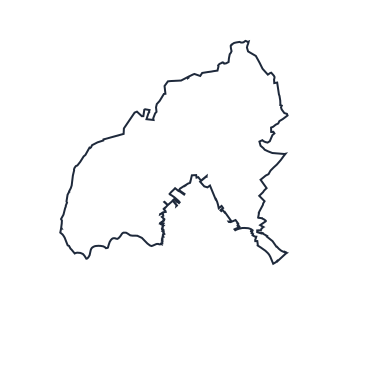 Siguldas pag., Siguldas, Latvia (Mercator projection), rotated 236°
{"feature_id": "27541924B22420925949574", "entity_name": "Siguldas pag.", "entity_type": "district", "adm_level": 2, "iso_a3": "LVA", "parent_name": "Latvia", "parent_adm1": "Siguldas", "projection": "mercator", "projection_center": [24.897, 57.148], "detail": "fine", "context": "isolated", "style": "outline", "palette": "slate", "viewbox_px": 384, "rotation_deg": 236, "n_neighbors": 0, "source": "geoboundaries", "source_scale": "gbopen_adm2", "svg_char_len": 6008}
<svg xmlns="http://www.w3.org/2000/svg" viewBox="0 0 384 384"><g transform="rotate(236 192 192)"><path d="M88.5,236.4L89.1,235.9L89.4,236.2L90.8,235.3L90.6,234.9L92.4,233.7L93.8,233.0L96.5,232.2L99.2,231.8L99.4,231.4L106.2,231.3L113.2,229.1L113.5,229.7L118.0,227.4L118.2,227.7L119.5,226.8L119.0,226.2L122.3,223.6L123.7,224.6L122.2,227.0L122.0,227.5L121.9,228.1L122.8,229.1L122.9,230.6L123.2,231.0L123.1,231.6L126.4,230.0L126.5,236.8L126.9,237.1L128.8,236.5L130.9,235.3L131.1,235.4L133.6,232.5L133.8,232.5L136.9,235.6L137.3,235.6L138.2,237.0L141.7,243.6L142.7,244.6L143.8,247.0L151.2,245.6L152.1,250.7L152.9,252.7L153.5,256.0L163.8,255.7L164.2,260.3L164.4,262.3L164.0,265.4L165.6,268.6L165.9,269.4L166.7,273.5L167.3,277.7L168.8,283.3L170.5,288.0L171.4,290.9L171.8,289.9L179.4,280.4L183.2,277.8L186.4,275.9L188.4,275.7L192.0,274.7L196.1,276.1L195.6,279.3L194.3,279.6L192.3,280.8L190.7,282.3L190.6,284.9L194.2,290.5L194.5,293.1L196.4,293.1L196.6,293.0L196.9,291.9L197.5,291.2L201.2,293.6L200.7,295.9L201.0,299.0L200.6,301.8L201.9,304.1L201.7,308.0L202.0,314.0L203.7,314.4L205.8,312.7L210.3,312.5L212.4,313.1L213.4,314.7L214.8,313.8L215.1,314.2L218.5,316.3L222.8,318.3L224.2,318.6L235.1,323.8L236.3,321.1L239.5,323.0L239.9,323.6L241.1,324.7L242.6,324.9L246.6,324.4L246.9,323.4L246.9,320.5L254.7,319.4L261.3,320.3L269.1,321.0L277.2,317.1L281.0,318.3L282.5,319.9L283.5,321.4L285.0,323.1L285.2,322.1L286.5,321.5L287.4,320.8L287.3,318.4L287.8,317.2L288.5,316.2L289.8,315.4L291.2,312.4L292.0,310.3L292.1,307.3L291.8,307.3L291.5,305.8L289.5,304.7L286.6,303.5L285.6,301.8L285.1,300.3L282.1,297.3L279.3,295.0L279.6,292.2L280.4,290.5L281.2,290.5L281.4,290.2L282.2,290.1L282.5,289.5L282.4,288.9L282.8,286.5L282.7,285.8L282.6,285.7L282.3,284.4L281.2,284.1L278.4,281.0L280.2,277.3L281.1,275.2L282.6,272.2L285.0,267.0L283.6,263.7L288.5,260.0L288.9,258.3L289.5,253.7L288.7,253.1L288.7,252.5L289.6,253.2L290.5,245.3L296.0,236.2L297.2,233.9L295.2,228.5L288.3,224.9L289.0,223.5L285.6,216.1L284.6,212.0L282.3,209.5L278.3,207.4L277.8,205.4L274.8,201.1L273.2,200.4L277.8,195.0L281.8,200.1L281.9,200.8L282.1,201.2L282.6,201.3L283.7,202.6L286.8,199.4L286.9,198.5L282.1,194.1L282.9,192.8L289.4,191.3L289.9,188.8L282.8,171.1L278.4,167.8L285.1,148.0L284.3,147.3L286.0,141.4L286.7,135.3L285.5,133.3L285.4,132.1L286.1,131.8L282.3,124.3L282.1,122.1L279.5,116.2L278.7,113.7L278.1,111.8L278.4,110.5L278.4,110.0L277.5,107.8L276.6,106.7L275.9,106.4L272.2,102.4L264.7,95.9L263.0,93.7L261.2,90.4L260.7,90.3L260.7,89.9L259.3,87.3L254.4,82.7L253.0,82.4L252.9,82.1L251.3,79.8L250.5,79.2L249.4,77.6L245.1,72.8L242.8,68.3L241.1,68.2L238.6,66.3L235.7,63.7L235.0,63.6L235.3,63.4L232.0,60.1L229.3,60.9L227.9,61.0L225.4,60.9L217.3,59.1L216.1,59.9L212.9,59.6L211.7,59.9L206.6,60.4L206.5,61.4L205.9,62.9L203.9,65.4L201.6,66.9L199.4,67.2L195.8,67.1L195.5,67.8L195.6,68.8L196.0,70.0L196.9,71.8L200.5,75.6L201.4,77.0L201.7,78.1L201.7,79.5L201.5,80.8L201.0,82.1L199.8,84.2L198.6,85.9L196.5,88.1L194.8,89.0L193.6,89.2L193.0,90.4L192.9,91.2L194.7,93.3L196.6,95.8L197.6,98.0L197.9,99.5L197.8,100.6L197.2,101.7L196.6,102.4L195.7,103.0L194.8,104.1L194.9,105.9L195.4,107.8L196.6,110.7L196.7,111.7L196.6,112.5L195.1,114.6L193.5,115.4L190.6,116.6L189.2,118.1L187.7,120.3L186.3,122.2L182.0,124.8L174.3,126.2L171.1,127.3L169.8,128.3L169.5,129.4L168.8,133.2L168.5,134.0L167.8,135.0L167.0,135.5L166.6,136.0L166.3,136.6L166.5,137.0L165.8,137.5L166.6,137.7L166.5,138.2L166.6,138.5L166.3,138.8L166.7,139.0L167.2,139.6L167.7,139.7L167.8,140.0L168.4,139.7L168.8,140.4L169.5,140.6L169.4,141.0L170.1,141.2L170.3,141.4L170.2,141.7L170.7,142.1L171.1,143.0L171.4,142.8L171.5,143.0L171.2,143.3L172.5,143.6L172.8,144.0L172.8,144.4L172.7,144.8L172.9,144.9L172.9,145.2L172.8,145.6L173.3,145.6L173.5,145.1L173.8,145.1L174.2,145.4L174.5,146.0L174.8,145.9L175.1,146.3L175.4,146.0L176.7,147.2L176.9,147.1L176.8,146.8L176.6,146.8L176.7,146.3L176.9,146.6L177.8,146.3L178.3,146.5L178.3,146.9L178.6,147.0L178.8,147.3L178.6,147.4L178.6,147.6L179.1,148.0L179.5,147.9L179.8,148.3L179.8,148.7L179.9,149.1L180.2,148.6L180.4,148.7L180.5,149.5L181.1,149.4L181.5,149.1L181.4,149.7L181.6,150.3L183.8,147.8L184.0,148.1L183.9,148.2L183.9,148.7L184.2,149.9L184.0,150.1L183.9,150.1L183.8,150.5L183.8,150.9L183.5,151.4L184.1,151.5L184.1,152.0L184.7,152.4L184.7,152.6L184.2,153.0L184.7,153.7L184.9,153.9L188.2,153.1L188.3,154.9L191.2,156.1L191.1,154.5L191.3,153.0L191.5,153.2L191.3,154.5L191.4,155.5L191.4,156.2L190.2,159.1L191.3,159.4L193.1,159.0L193.4,159.2L193.8,159.1L194.1,160.5L193.8,160.7L194.7,164.5L199.2,163.4L199.2,163.7L194.7,164.7L195.5,171.2L190.0,171.7L189.6,171.7L189.1,171.2L189.2,172.0L195.8,171.5L196.1,173.5L194.3,173.8L194.1,173.7L192.0,174.1L191.9,174.5L190.1,175.0L190.4,176.0L192.2,175.5L192.2,175.8L192.7,175.7L197.3,174.5L200.2,173.4L202.5,172.3L202.9,172.3L203.6,174.8L204.1,177.9L204.6,180.1L200.6,181.3L200.4,181.4L200.5,181.7L194.3,184.0L194.6,184.7L200.8,182.3L201.3,183.5L201.5,184.0L201.4,189.0L201.1,189.0L201.0,190.5L201.3,190.7L201.2,192.7L201.3,192.9L200.7,195.5L201.6,196.4L201.5,196.5L205.9,201.2L203.7,204.9L201.4,203.8L200.8,205.5L196.4,205.8L197.1,213.1L196.5,212.6L196.8,212.3L196.0,204.5L189.8,205.3L187.2,207.4L187.3,210.5L172.7,207.5L172.7,207.9L169.6,207.3L166.8,206.4L163.6,205.1L163.9,208.7L161.3,208.8L161.0,205.4L159.8,205.6L160.0,207.3L156.7,207.6L156.8,208.0L145.6,208.3L145.9,207.3L147.0,205.8L146.6,205.8L145.5,207.1L145.4,207.4L144.4,212.4L140.2,212.6L140.2,212.0L138.6,212.0L138.5,210.9L137.4,211.0L137.4,211.7L136.8,211.8L136.9,211.1L136.5,211.1L136.5,210.7L137.2,207.2L137.3,206.4L136.1,206.5L135.9,208.1L135.3,210.3L134.1,213.4L133.0,215.2L130.6,218.3L129.7,219.1L127.9,220.3L126.4,220.8L126.1,219.8L126.8,219.4L126.4,218.9L125.0,219.5L124.5,218.4L123.0,219.1L122.3,218.0L119.9,219.2L119.0,220.3L117.7,218.7L117.1,217.7L115.9,217.0L114.8,218.7L111.6,217.1L111.0,216.5L107.5,218.0L102.2,220.0L99.0,220.7L97.1,220.9L94.6,220.7L87.1,219.2L86.9,222.2L87.3,224.2L86.8,224.1L88.5,235.2L88.5,236.4Z" fill="none" stroke="#1e293b" stroke-width="2"/></g></svg>